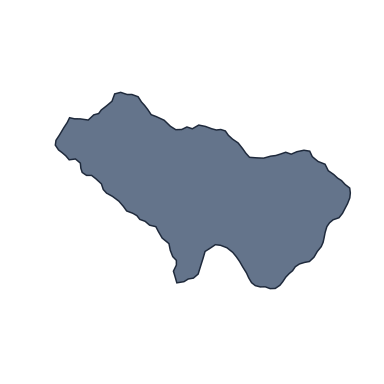 the district of São João do Manhuaçu, Minas Gerais, Brazil, rotated 116°
{"feature_id": "56859067B45199340096443", "entity_name": "São João do Manhuaçu", "entity_type": "district", "adm_level": 2, "iso_a3": "BRA", "parent_name": "Brazil", "parent_adm1": "Minas Gerais", "projection": "mercator", "projection_center": [-42.151, -20.379], "detail": "fine", "context": "isolated", "style": "filled", "palette": "slate", "viewbox_px": 384, "rotation_deg": 116, "n_neighbors": 0, "source": "geoboundaries", "source_scale": "gbopen_adm2", "svg_char_len": 1848}
<svg xmlns="http://www.w3.org/2000/svg" viewBox="0 0 384 384"><g transform="rotate(116 192 192)"><path d="M209.8,335.4L212.7,330.4L213.6,325.9L214.8,321.3L216.9,316.5L213.4,311.2L215.0,305.0L219.4,302.3L222.6,299.2L223.3,294.1L221.1,289.5L222.3,284.0L224.4,277.0L228.7,272.8L230.5,268.2L230.8,261.5L232.3,253.7L235.0,247.4L237.7,242.4L237.1,236.1L237.4,231.2L239.5,226.9L238.9,221.3L240.4,215.6L239.0,209.3L242.2,205.0L246.5,198.6L248.5,190.1L253.9,186.0L258.5,181.0L260.3,176.1L264.5,174.0L271.3,174.0L275.1,170.5L280.3,165.8L276.1,159.9L271.8,157.2L268.8,153.0L263.1,150.5L254.7,151.8L246.7,153.0L239.7,154.2L233.6,150.5L229.1,147.9L227.4,143.0L226.8,136.2L228.4,128.9L230.8,123.7L233.6,118.7L237.4,113.1L240.9,107.5L244.3,103.4L247.4,98.7L248.4,94.1L247.4,89.1L245.1,84.6L244.6,79.4L242.2,74.9L237.3,72.1L232.8,71.1L227.4,70.4L222.7,68.9L218.7,67.1L213.9,66.4L209.6,63.9L205.9,59.9L203.0,56.0L197.2,53.8L190.5,53.3L184.5,51.9L179.8,52.1L175.6,53.1L170.0,54.6L164.0,55.6L159.4,54.9L155.1,53.0L150.7,48.6L145.3,47.4L140.9,47.3L134.3,47.1L128.1,47.6L123.4,49.3L119.3,52.0L118.1,57.8L116.2,62.6L115.7,67.2L114.2,72.1L113.1,78.9L108.7,84.6L109.3,92.1L107.5,99.4L103.7,104.1L105.4,109.7L109.8,115.4L114.5,119.4L115.2,125.2L118.7,128.7L122.5,132.7L125.3,137.0L130.2,142.5L132.9,148.7L135.6,155.5L133.5,160.7L131.0,165.2L127.7,172.0L126.7,178.8L125.1,184.2L122.5,188.8L123.2,193.5L125.6,197.3L126.5,202.0L127.2,208.8L128.9,215.3L135.0,219.4L135.8,225.1L140.3,228.6L143.1,233.9L142.4,240.2L139.7,248.5L139.9,257.2L140.4,262.6L137.3,267.9L135.0,272.5L133.3,276.8L130.0,282.2L130.7,288.8L132.8,293.0L133.7,299.8L137.7,304.5L145.5,303.7L152.1,306.6L158.0,309.5L162.4,310.3L165.7,314.1L172.8,316.8L175.3,324.6L177.7,329.6L178.9,334.6L184.2,334.6L190.5,335.4L199.0,336.1L205.2,336.9L209.8,335.4Z" fill="#64748b" stroke="#1e293b" stroke-width="1.5"/></g></svg>